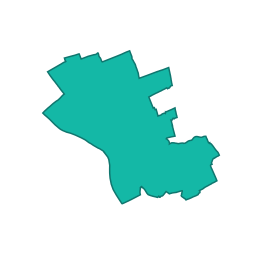 Kota Mojokerto, Jawa Timur, Indonesia (orthographic projection), rotated 243°
{"feature_id": "22746128B53956788697299", "entity_name": "Kota Mojokerto", "entity_type": "district", "adm_level": 2, "iso_a3": "IDN", "parent_name": "Indonesia", "parent_adm1": "Jawa Timur", "projection": "orthographic", "projection_center": [112.435, -7.471], "detail": "fine", "context": "isolated", "style": "filled", "palette": "teal", "viewbox_px": 256, "rotation_deg": 243, "n_neighbors": 0, "source": "geoboundaries", "source_scale": "gbopen_adm2", "svg_char_len": 5541}
<svg xmlns="http://www.w3.org/2000/svg" viewBox="0 0 256 256"><g transform="rotate(243 128 128)"><path d="M187.2,86.6L187.1,85.8L186.5,83.8L185.5,81.2L184.9,79.2L184.6,78.0L184.5,76.3L184.1,74.1L183.7,72.1L183.2,70.2L182.7,68.4L182.1,65.6L181.6,63.9L180.9,61.3L180.0,58.9L177.7,59.6L174.3,61.0L171.2,62.2L167.0,63.5L163.9,64.5L160.6,65.9L160.2,66.0L157.6,67.2L155.5,68.6L152.2,71.4L149.5,74.4L145.6,77.9L140.4,82.0L136.7,84.6L132.8,86.5L130.5,88.1L128.4,89.2L126.7,90.3L123.6,92.3L122.6,93.2L119.1,95.3L118.0,95.7L117.1,95.9L117.1,95.7L115.7,96.0L113.5,96.4L112.3,96.6L111.4,96.8L108.6,96.6L103.1,94.8L99.9,93.1L96.1,91.2L91.5,89.3L85.6,87.6L80.1,86.9L79.2,86.9L73.2,87.2L70.4,87.5L70.2,87.5L69.2,87.6L67.3,87.8L64.8,88.1L64.2,88.1L63.2,88.4L63.1,89.1L63.0,90.9L62.8,98.2L62.9,108.7L64.7,109.2L66.4,110.1L68.1,111.3L69.3,111.9L69.4,112.2L69.4,112.5L69.6,112.9L69.7,113.1L69.7,113.5L69.2,113.6L68.7,113.5L68.6,113.9L68.4,114.0L67.6,114.1L67.4,114.4L65.6,114.9L63.3,115.1L61.8,115.2L61.5,115.2L59.5,115.7L57.6,117.4L55.7,119.4L54.2,121.2L54.0,121.6L53.8,121.7L53.1,122.4L52.7,122.9L52.8,123.5L53.1,123.9L53.3,124.5L52.5,124.8L52.0,124.8L51.9,124.8L51.8,125.0L51.8,125.4L52.3,126.5L51.9,127.5L52.0,128.4L52.6,129.9L53.6,132.1L54.1,133.1L53.6,133.4L52.5,133.9L52.0,134.3L50.6,134.9L50.1,137.7L49.6,139.3L49.2,140.4L48.7,141.7L48.6,142.5L48.1,145.2L47.8,146.8L47.5,147.7L46.6,147.4L45.1,145.9L44.7,145.9L44.1,145.2L43.6,144.7L42.8,144.7L41.2,145.5L39.4,146.4L39.0,146.6L38.8,146.9L37.6,147.0L37.5,148.7L37.3,149.8L37.1,152.8L37.1,154.7L36.8,157.8L36.8,160.2L37.3,160.9L37.4,161.0L37.6,161.1L37.7,161.4L37.7,162.3L37.8,162.7L38.0,162.9L38.6,163.2L39.3,163.3L39.8,163.2L39.8,163.3L39.8,164.1L39.8,165.3L39.8,167.0L39.9,167.4L39.9,168.1L40.2,168.7L40.2,169.2L40.3,170.4L40.3,170.5L40.3,172.9L40.4,174.7L40.4,175.0L40.4,177.2L40.6,177.5L40.6,177.9L40.6,178.5L40.5,178.8L40.5,180.4L40.5,181.1L40.6,181.9L40.6,183.2L41.0,183.2L41.0,183.3L43.1,183.5L53.6,184.1L54.9,184.1L56.5,184.3L57.3,184.6L57.6,184.9L57.5,186.4L59.0,186.5L59.8,187.4L60.3,187.9L61.8,189.5L61.9,191.1L61.9,191.3L62.1,191.3L62.0,192.3L62.1,192.9L62.1,193.3L62.2,194.0L62.2,194.4L62.2,194.6L62.1,195.6L62.2,196.3L62.3,197.0L64.4,197.1L65.2,197.1L66.3,196.9L67.4,196.5L70.6,195.9L72.9,195.6L75.8,195.0L76.4,194.7L76.8,194.3L77.0,194.0L77.1,193.8L77.9,194.2L78.2,193.1L80.5,193.2L81.3,193.3L81.9,193.5L82.1,193.5L82.7,193.3L85.2,193.6L85.3,193.6L86.0,192.0L86.1,191.3L86.1,190.8L86.3,189.4L86.7,188.6L87.7,187.3L88.8,186.0L89.5,184.8L89.7,183.7L89.6,182.6L89.3,181.7L89.0,181.1L88.6,180.1L88.5,179.8L88.2,179.2L88.5,178.3L88.7,177.6L88.8,177.0L89.0,175.8L88.7,173.6L88.5,172.1L89.1,170.5L89.6,170.2L90.1,169.1L90.6,167.8L90.7,167.2L90.9,166.8L91.2,165.7L92.2,164.5L93.0,163.3L93.6,162.6L94.2,161.7L94.7,160.8L95.0,160.0L95.0,159.1L95.0,157.9L95.1,158.0L95.5,158.0L95.9,158.1L96.2,158.2L96.7,158.3L97.9,158.4L99.3,158.0L100.5,157.6L101.0,157.2L101.2,157.5L101.2,157.9L101.5,158.1L101.4,158.7L100.5,162.4L99.4,166.2L105.9,167.6L107.1,167.9L109.7,168.4L109.6,168.6L110.3,168.8L111.2,169.0L114.5,169.7L115.1,169.8L114.8,170.0L114.7,170.3L115.2,170.9L115.3,170.9L115.8,171.7L116.2,172.6L115.9,173.0L115.4,172.9L115.2,173.2L115.2,173.3L115.4,174.3L115.4,175.0L115.4,175.5L115.2,175.8L115.1,176.5L115.6,176.6L116.8,177.0L117.1,177.0L118.1,177.2L121.0,178.0L121.4,178.1L121.5,178.0L124.6,179.0L124.7,175.2L124.9,172.2L125.0,170.4L125.2,169.1L124.9,168.7L124.4,168.2L124.5,168.2L124.2,168.0L124.4,167.4L124.7,167.2L124.8,166.8L125.0,164.9L124.9,164.5L124.6,163.0L124.8,162.0L125.0,161.1L125.1,160.2L125.3,160.3L125.7,160.4L125.8,160.3L127.5,160.7L129.5,161.1L131.1,161.4L131.8,161.6L132.0,160.5L134.2,160.7L134.4,160.6L134.3,159.5L140.9,160.1L146.2,160.6L146.2,163.0L146.3,163.0L146.3,164.0L146.3,164.3L146.3,164.5L146.3,165.2L146.3,167.7L146.3,169.1L146.2,170.1L146.2,170.4L146.2,170.8L146.2,171.0L146.2,172.8L146.1,174.7L146.2,175.8L146.1,178.7L146.2,179.6L146.2,180.7L145.3,181.0L145.0,181.1L145.1,181.7L145.1,182.6L144.9,183.1L146.0,185.1L146.0,185.6L145.9,186.4L145.8,186.7L146.3,186.8L146.9,187.0L147.1,187.0L147.6,187.2L148.1,187.3L148.5,187.4L149.1,187.6L151.1,188.2L151.8,188.4L152.5,188.7L153.6,189.0L155.4,189.6L155.5,189.6L163.4,191.7L163.8,188.0L164.2,184.3L164.3,184.2L164.7,181.4L164.9,179.6L165.0,179.6L166.2,168.7L167.2,160.6L167.6,160.8L168.9,160.9L171.5,161.8L172.3,162.0L172.5,162.1L172.9,162.1L173.0,162.1L175.7,162.5L176.2,162.6L177.2,162.7L177.3,162.7L178.3,162.8L179.3,162.9L180.0,163.1L181.2,163.3L182.1,163.3L182.8,163.3L183.0,163.2L183.5,163.2L184.6,163.2L185.6,163.2L187.0,163.1L187.3,163.1L187.6,163.0L187.8,163.0L188.4,163.1L188.7,163.3L188.8,163.4L189.1,163.6L189.5,163.7L190.1,163.9L191.5,164.0L193.5,164.2L196.0,164.5L196.4,161.1L196.5,159.0L196.6,156.5L196.6,156.0L197.0,151.2L197.5,145.9L197.9,141.7L198.4,136.4L198.5,135.7L198.6,135.1L198.9,134.9L199.0,134.9L200.3,134.9L201.8,135.1L203.0,135.1L204.2,134.8L205.0,134.7L206.2,135.0L207.4,135.3L208.0,135.4L208.5,135.3L208.6,135.1L208.5,134.5L208.2,133.7L208.2,132.7L208.9,130.3L209.4,127.7L210.0,124.9L210.1,123.6L210.6,119.0L210.8,117.6L216.2,118.1L216.4,117.4L216.9,114.0L218.0,108.9L219.2,103.1L217.8,102.9L216.2,102.8L216.3,102.7L215.5,102.7L215.5,102.4L215.5,102.0L215.6,101.0L215.6,100.4L215.6,99.9L215.5,98.8L215.4,97.8L214.6,81.9L210.1,82.4L205.3,83.2L204.2,83.4L203.1,83.7L200.3,84.2L199.7,84.3L198.4,84.6L197.2,84.7L195.5,85.1L194.6,85.2L194.6,85.3L194.1,85.3L193.4,85.4L192.5,85.5L191.6,85.8L190.6,85.9L189.5,86.2L188.4,86.4L187.2,86.6Z" fill="#14b8a6" stroke="#0f766e" stroke-width="1.5"/></g></svg>